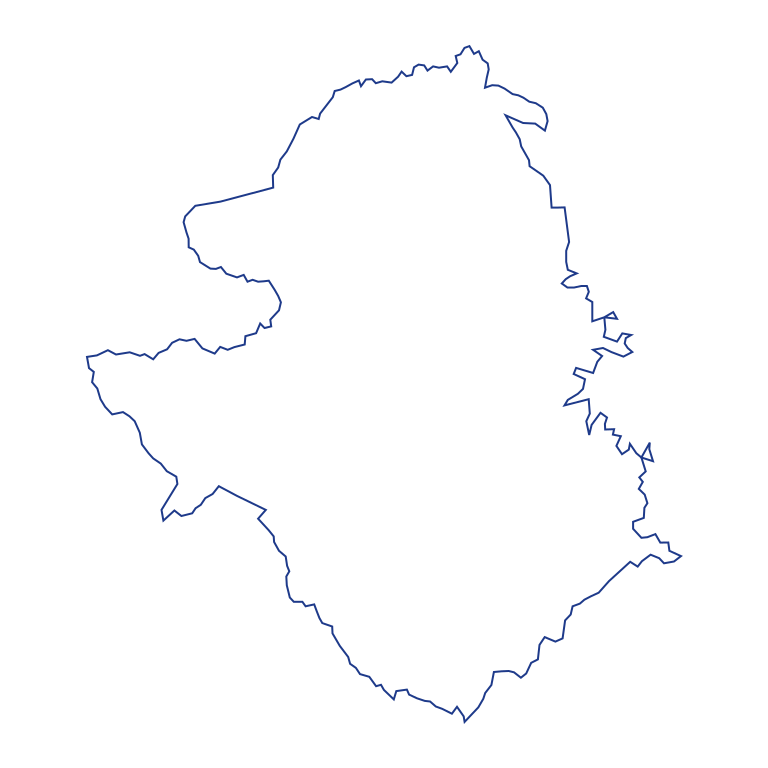 Chapada, Rio Grande do Sul, Brazil
{"feature_id": "56859067B28093321381872", "entity_name": "Chapada", "entity_type": "district", "adm_level": 2, "iso_a3": "BRA", "parent_name": "Brazil", "parent_adm1": "Rio Grande do Sul", "projection": "mercator", "projection_center": [-53.106, -28.094], "detail": "fine", "context": "isolated", "style": "outline", "palette": "blue", "viewbox_px": 768, "rotation_deg": 0, "n_neighbors": 0, "source": "geoboundaries", "source_scale": "gbopen_adm2", "svg_char_len": 3837}
<svg xmlns="http://www.w3.org/2000/svg" viewBox="0 0 768 768"><path d="M641.4,457.5L636.3,453.2L629.9,443.8L628.8,449.6L622.0,454.2L616.4,445.9L620.8,436.2L612.9,434.6L614.1,429.2L605.2,429.5L604.9,423.9L607.0,417.5L600.5,412.8L591.6,424.9L589.2,435.0L586.3,421.2L589.8,413.6L588.7,399.2L564.5,405.4L567.8,399.9L577.9,393.8L583.0,388.9L585.0,379.2L573.7,374.0L576.1,367.9L593.1,373.0L597.3,361.8L602.1,356.0L593.1,349.8L603.0,348.0L611.5,352.1L623.4,356.6L632.3,352.0L627.7,348.0L624.7,343.5L625.8,338.1L631.2,335.0L622.3,333.4L617.0,341.6L603.8,336.8L605.4,329.8L604.3,317.3L592.3,321.3L592.3,302.0L586.1,298.4L588.8,291.8L586.9,286.0L581.3,286.0L574.2,287.5L567.4,287.5L561.8,283.5L565.7,279.2L570.2,276.2L576.7,273.4L567.8,269.8L566.2,261.9L566.2,250.8L569.1,242.0L564.6,207.4L557.3,207.6L551.6,207.6L550.0,185.1L543.3,175.7L529.6,166.2L529.0,160.2L521.2,146.4L519.7,139.2L515.9,132.4L512.6,127.5L505.6,115.3L523.1,123.0L535.2,123.6L544.9,130.6L547.6,121.1L546.3,114.1L542.8,107.7L535.8,103.2L529.3,101.7L523.4,97.7L518.3,95.3L512.6,94.1L504.6,88.6L498.4,85.6L492.2,85.2L485.0,87.7L486.8,77.6L488.7,69.4L487.7,63.4L482.6,59.7L478.8,51.2L474.0,53.9L469.4,46.1L464.5,47.9L460.5,54.3L455.7,56.0L457.3,63.0L450.8,71.8L447.1,66.4L439.0,67.7L433.1,66.4L427.5,70.6L424.2,65.4L418.6,64.6L414.0,67.3L412.1,74.9L406.4,76.2L401.6,71.6L398.1,76.7L391.6,82.6L382.3,81.3L375.8,83.2L372.1,79.2L365.9,79.5L361.0,86.2L358.9,80.5L352.4,83.4L345.7,87.1L340.5,89.6L334.7,91.0L332.8,97.2L320.1,113.6L318.7,119.0L312.0,117.0L299.8,124.5L293.5,138.6L286.8,151.4L280.4,159.6L278.2,167.5L272.8,175.1L273.2,187.6L238.2,196.9L220.5,201.6L195.3,205.8L185.2,216.4L183.6,222.2L186.5,232.5L188.6,238.7L188.7,247.3L193.8,249.6L198.2,255.8L200.0,262.1L210.4,268.6L215.9,268.9L220.9,267.0L226.3,273.7L237.0,277.4L243.7,274.9L247.5,281.7L252.6,279.8L258.1,281.7L263.7,281.3L268.8,280.7L274.7,289.9L278.2,296.0L280.9,302.3L279.0,310.3L270.3,319.7L271.2,326.4L264.5,328.0L260.2,323.5L256.1,333.2L245.4,336.2L244.7,344.5L234.4,347.1L227.7,349.8L220.2,346.9L214.7,353.6L202.4,348.4L194.6,338.9L186.5,340.8L179.5,339.3L172.1,342.8L167.1,349.3L158.6,352.9L153.2,359.3L144.6,354.1L140.0,355.8L129.7,352.3L116.0,354.5L107.9,350.2L96.9,355.4L87.0,356.9L89.0,368.1L93.8,371.9L92.1,382.2L97.3,388.5L100.5,399.2L105.1,406.8L112.2,414.4L123.0,412.1L129.5,416.3L134.7,421.2L139.8,432.7L141.9,444.4L148.6,453.3L153.2,458.4L160.8,463.6L166.8,471.2L176.3,476.7L177.4,484.0L161.5,509.9L163.4,520.6L174.4,510.5L181.4,516.0L192.2,513.3L195.6,508.2L200.8,504.8L205.3,498.1L212.6,494.0L218.8,486.2L237.0,495.9L265.8,509.9L258.1,518.7L268.6,530.1L273.7,536.4L274.1,542.0L279.0,550.8L285.7,556.5L287.1,565.8L289.3,571.3L286.3,576.5L286.8,585.3L289.8,597.5L293.8,601.8L302.4,601.8L305.6,606.3L314.2,604.4L316.8,611.4L319.4,618.0L322.3,623.1L332.2,626.5L332.5,633.4L339.8,645.9L348.2,657.0L350.1,663.8L355.9,667.9L360.0,674.1L369.3,676.8L376.1,686.2L381.0,684.8L383.9,689.9L393.8,699.4L396.3,691.1L406.9,689.6L409.1,694.6L417.0,698.3L424.8,700.9L430.1,701.5L435.8,706.5L442.1,708.8L451.9,713.7L457.0,706.8L463.7,716.4L464.6,721.9L469.4,716.8L478.3,707.4L483.3,698.8L485.2,693.0L491.4,685.0L493.9,672.0L501.6,671.3L508.7,671.0L514.0,672.3L520.9,677.7L526.2,673.5L531.2,662.8L537.9,659.4L539.5,644.9L544.7,637.1L555.4,641.6L562.6,638.4L565.1,620.4L570.7,614.5L572.6,606.3L579.9,603.6L584.4,599.7L591.1,596.2L598.7,592.7L609.1,581.0L630.2,561.8L637.7,566.6L641.9,561.2L650.6,554.7L659.2,558.2L664.0,563.3L674.0,561.5L681.0,556.1L669.4,550.8L668.3,542.5L660.3,542.6L655.4,534.1L647.4,537.2L641.4,537.8L633.1,528.8L633.1,521.8L643.8,517.9L644.4,507.8L647.4,503.2L644.7,494.6L638.8,488.9L642.8,481.9L639.3,477.4L645.7,471.4L641.4,457.5ZM641.4,457.5L653.0,461.2L649.3,449.2L649.8,442.6L641.4,457.5ZM604.3,317.3L617.0,318.8L613.2,312.1L604.3,317.3Z" fill="none" stroke="#1e3a8a" stroke-width="2"/></svg>